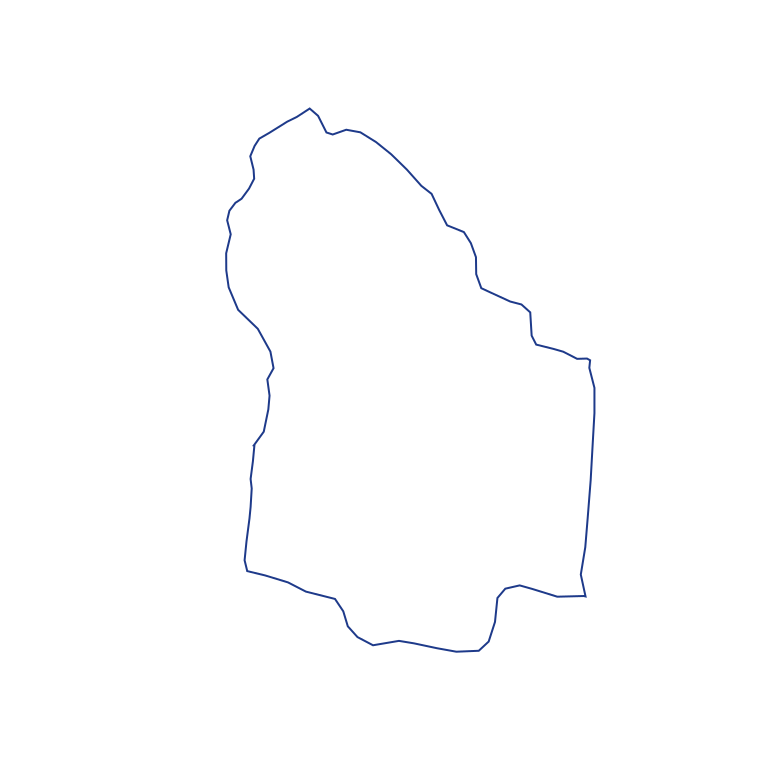 Kramfors, Västernorrland, Sweden, rotated 67°
{"feature_id": "70781695B48901631872346", "entity_name": "Kramfors", "entity_type": "district", "adm_level": 2, "iso_a3": "SWE", "parent_name": "Sweden", "parent_adm1": "Västernorrland", "projection": "orthographic", "projection_center": [17.862, 62.994], "detail": "fine", "context": "isolated", "style": "outline", "palette": "blue", "viewbox_px": 768, "rotation_deg": 67, "n_neighbors": 0, "source": "geoboundaries", "source_scale": "gbopen_adm2", "svg_char_len": 1317}
<svg xmlns="http://www.w3.org/2000/svg" viewBox="0 0 768 768"><g transform="rotate(67 384 384)"><path d="M442.7,185.0L439.9,187.2L436.3,196.4L424.3,206.4L417.9,214.3L407.2,228.5L397.2,229.2L375.2,221.4L364.5,226.4L357.4,235.6L341.7,249.9L333.8,257.0L318.9,256.2L303.2,249.8L288.3,249.0L275.4,251.1L262.6,263.9L245.4,265.2L227.6,265.9L216.2,272.2L195.5,279.2L175.4,287.6L158.2,296.8L143.1,307.4L135.2,319.4L134.3,333.7L130.0,338.7L111.4,339.9L101.4,344.8L104.1,359.9L104.7,370.6L108.0,391.4L109.4,402.9L114.3,410.1L122.1,418.1L135.7,420.3L144.3,423.3L151.4,431.9L157.8,442.7L158.9,448.4L159.1,449.9L164.1,458.6L172.0,464.4L186.3,466.6L202.0,478.2L217.8,484.8L234.3,489.2L258.7,489.3L283.9,478.6L309.8,475.9L326.3,479.5L334.2,489.6L350.0,493.9L362.2,500.4L380.9,513.3L389.7,527.9L390.1,527.4L403.8,534.8L419.3,543.9L428.5,546.6L445.0,554.8L455.1,560.3L475.2,572.1L491.8,581.2L502.8,583.0L513.7,568.3L529.1,549.9L544.6,537.0L562.7,513.1L577.3,510.3L592.9,512.0L606.6,507.3L620.2,496.2L626.3,470.6L634.4,457.8L647.9,438.5L658.7,422.0L666.6,401.0L662.0,388.3L646.4,374.8L625.3,363.2L619.8,352.3L622.4,337.8L630.5,327.7L647.5,307.6L657.2,283.0L658.3,281.5L636.3,277.3L612.9,262.5L587.2,249.0L553.4,231.4L522.3,216.1L493.1,201.7L469.8,191.8L449.4,188.7L442.7,185.0Z" fill="none" stroke="#1e3a8a" stroke-width="2"/></g></svg>